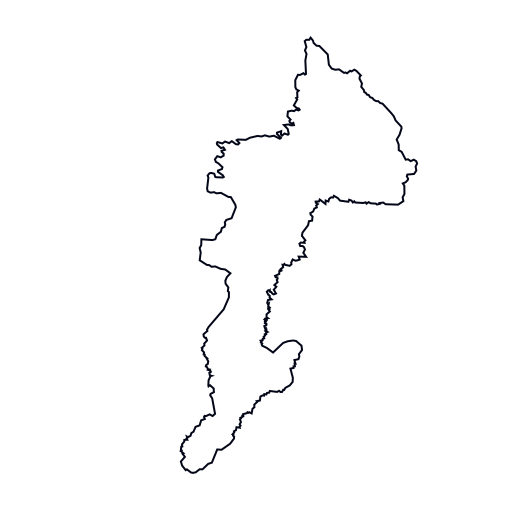 Pang Sila Thong, Kamphaeng Phet, Thailand (Natural Earth projection), rotated 134°
{"feature_id": "78962969B12930513121480", "entity_name": "Pang Sila Thong", "entity_type": "district", "adm_level": 2, "iso_a3": "THA", "parent_name": "Thailand", "parent_adm1": "Kamphaeng Phet", "projection": "natural_earth1", "projection_center": [99.409, 16.024], "detail": "fine", "context": "isolated", "style": "outline", "palette": "ink", "viewbox_px": 512, "rotation_deg": 134, "n_neighbors": 0, "source": "geoboundaries", "source_scale": "gbopen_adm2", "svg_char_len": 6072}
<svg xmlns="http://www.w3.org/2000/svg" viewBox="0 0 512 512"><g transform="rotate(134 256 256)"><path d="M449.3,171.4L449.9,167.6L456.0,167.3L458.1,163.5L458.9,157.8L457.5,157.5L456.9,152.4L455.7,150.6L453.5,149.1L448.6,148.4L446.6,146.3L438.8,146.0L435.3,144.2L422.1,149.5L419.3,146.2L409.0,144.2L402.7,145.0L401.1,146.3L401.2,147.7L400.0,148.3L400.4,149.0L397.9,149.2L397.4,150.1L395.2,149.4L392.7,151.1L390.8,148.4L390.3,149.3L388.8,149.3L388.4,150.9L385.9,151.5L384.7,154.1L383.4,154.0L383.2,154.8L381.2,154.0L380.5,154.8L379.9,154.0L378.7,155.4L375.4,153.4L374.4,153.6L374.2,152.6L373.1,152.4L372.3,149.8L368.3,152.4L365.9,152.1L364.1,154.0L359.7,153.8L359.7,154.5L357.2,152.8L354.1,155.2L351.8,154.5L350.8,153.2L349.6,154.1L348.4,152.4L346.9,153.0L345.2,151.6L343.5,152.3L339.1,146.4L337.0,145.8L336.8,143.8L335.6,142.8L333.3,143.5L332.8,142.7L330.5,143.3L325.5,141.8L321.1,142.2L318.0,144.9L313.1,153.0L310.4,151.2L309.3,152.3L308.3,151.4L306.6,153.5L306.0,152.8L304.2,156.1L300.7,153.8L298.1,155.1L296.9,156.9L291.6,157.6L288.9,161.0L289.3,168.1L291.0,170.6L295.2,173.9L299.7,176.1L313.6,176.7L314.6,184.3L316.2,189.2L315.4,190.9L314.6,190.9L314.6,192.6L313.8,192.6L313.6,193.8L312.0,192.7L310.9,193.6L309.5,192.9L308.8,194.4L306.9,194.2L306.3,195.2L305.3,194.5L305.1,195.2L303.5,195.1L303.5,196.0L302.7,195.4L303.0,197.0L302.4,196.7L301.5,197.6L301.9,198.2L301.2,198.7L301.8,199.1L300.7,201.3L298.6,200.5L297.6,201.3L298.1,202.8L297.3,203.0L297.2,204.0L296.4,204.4L296.0,203.4L295.3,203.5L295.8,205.8L294.7,205.8L293.6,203.5L293.8,205.2L292.5,204.3L292.8,205.8L290.6,207.9L286.3,207.5L286.1,208.7L285.0,209.2L285.8,210.2L285.3,211.0L283.6,210.5L283.8,212.2L281.3,213.8L282.4,214.0L281.9,215.4L279.3,216.8L276.4,214.7L276.5,217.2L275.1,218.5L275.3,220.4L274.2,223.4L272.1,223.4L271.8,222.3L271.0,222.3L272.0,221.1L271.4,220.1L271.7,217.9L271.3,216.6L269.1,215.6L267.9,219.8L264.0,220.0L264.1,222.6L259.8,222.3L258.8,224.4L257.3,224.7L256.5,225.8L257.6,227.1L257.1,228.5L252.8,226.8L250.5,228.9L249.5,229.0L249.5,227.8L248.7,227.5L247.9,229.1L245.2,228.7L243.9,230.7L243.5,230.0L242.0,230.1L242.1,228.9L239.7,225.0L237.4,224.7L236.3,226.1L233.0,227.2L232.0,224.4L230.4,223.2L228.2,222.1L226.8,224.9L221.8,219.4L220.8,224.2L217.3,225.3L216.3,227.7L216.4,229.3L218.1,231.2L217.0,233.3L215.2,233.1L212.8,230.2L212.2,231.4L210.4,231.4L209.6,237.0L206.9,238.8L197.7,239.9L194.2,242.1L191.6,240.2L188.4,242.7L188.3,245.5L187.4,246.7L184.3,245.8L181.4,247.0L178.8,246.0L177.9,247.8L175.7,247.6L176.1,250.0L175.4,250.9L173.0,248.6L171.1,249.4L170.3,242.2L167.7,244.4L166.5,241.8L164.0,243.1L161.6,242.7L160.5,241.2L158.6,241.8L157.5,237.4L157.8,234.0L152.8,227.2L150.8,228.1L149.8,225.8L150.2,223.5L148.4,223.3L148.6,221.8L143.4,215.7L141.2,214.4L141.6,212.9L138.9,212.3L138.5,210.2L135.0,206.1L134.9,204.7L132.3,203.1L132.0,203.9L129.2,201.6L128.7,198.7L120.4,189.5L114.2,188.1L111.9,191.3L108.3,192.3L102.4,198.1L101.8,200.8L99.1,199.6L95.9,199.6L94.7,200.3L93.9,202.9L92.3,203.7L87.2,199.3L83.2,200.0L80.8,203.3L77.5,204.4L76.5,206.7L77.1,209.4L80.3,210.6L80.8,213.7L82.7,215.3L79.9,223.6L80.7,226.8L76.7,230.8L74.5,235.7L69.0,237.0L63.0,240.0L62.0,241.3L61.5,249.8L59.8,253.8L59.3,257.6L58.5,270.8L59.7,272.9L59.7,275.6L61.1,277.1L61.8,279.6L61.5,282.1L62.5,284.2L61.9,286.9L62.8,288.1L62.4,290.4L62.9,291.9L61.7,293.7L61.2,297.8L58.3,299.6L56.6,304.7L54.7,306.1L53.3,306.0L53.1,312.5L53.7,314.7L56.9,315.5L57.4,317.0L61.3,317.4L61.8,319.1L63.1,319.8L64.1,326.0L66.9,328.3L68.6,331.7L67.8,336.4L61.2,344.4L60.9,356.3L62.7,358.6L62.7,362.6L61.5,364.6L61.0,368.4L63.5,367.9L65.5,370.0L67.6,370.2L70.7,364.9L74.1,363.6L75.6,360.0L81.1,356.3L90.3,346.5L91.5,346.8L91.6,348.9L95.2,350.1L96.5,351.7L102.2,349.9L107.2,345.0L108.1,342.8L107.4,340.1L109.6,340.2L113.1,336.4L114.5,336.9L114.8,335.1L121.4,333.4L121.3,329.8L120.1,327.4L120.5,326.2L121.7,326.5L122.8,328.8L125.4,329.3L126.7,331.3L129.9,333.4L133.7,330.4L133.9,325.9L135.7,325.8L136.4,324.3L135.7,322.1L134.3,321.6L135.5,319.6L137.6,321.4L138.9,324.1L142.4,326.9L142.6,321.4L145.5,317.2L146.6,317.3L148.1,320.6L151.4,320.9L151.2,322.6L148.7,324.6L152.7,326.6L153.6,325.8L153.7,320.1L155.1,320.3L157.0,326.6L160.9,329.4L163.0,333.4L166.1,335.0L168.6,338.3L175.1,342.5L179.5,344.0L184.9,350.1L186.1,350.4L186.3,346.4L188.2,346.4L189.5,348.1L190.2,353.2L193.4,353.7L195.2,357.8L198.4,358.4L200.8,362.9L202.0,362.6L202.8,361.4L202.7,356.2L200.5,354.9L201.2,352.1L204.3,353.9L205.0,352.9L204.8,350.4L206.3,349.0L209.5,349.9L211.1,353.2L215.0,352.7L216.2,350.3L215.5,347.5L215.4,341.8L217.1,340.9L220.9,342.7L221.9,341.9L221.0,336.0L221.5,334.1L222.6,334.4L227.1,339.5L227.4,340.3L225.8,343.2L227.5,346.1L228.8,346.9L231.7,346.7L232.7,344.7L241.5,338.0L243.0,335.7L242.0,332.7L239.3,330.6L238.3,327.9L234.9,325.0L232.7,316.9L231.1,315.0L233.5,306.5L235.0,304.3L245.8,299.8L250.7,302.4L253.5,301.8L254.6,300.1L256.9,298.9L259.6,300.0L263.0,298.1L268.1,298.8L272.2,296.9L274.8,298.4L281.9,306.9L286.3,302.9L289.4,302.1L291.9,298.2L298.2,293.5L296.5,285.1L295.1,283.4L294.6,280.5L291.8,278.0L289.8,272.5L287.1,268.8L286.2,262.4L291.3,262.3L295.2,260.8L297.1,258.5L297.8,254.1L300.8,251.9L300.8,250.4L304.5,246.8L316.8,242.2L339.9,240.8L343.0,240.1L343.7,238.9L348.8,239.4L350.2,237.6L350.2,235.3L349.6,235.0L350.8,232.5L355.0,232.4L356.2,230.9L359.8,231.2L359.8,230.2L361.3,229.5L361.4,226.4L363.1,225.3L362.6,224.4L363.6,223.5L363.5,219.9L364.1,220.0L364.9,217.2L367.4,215.6L368.9,216.1L370.3,215.4L370.0,214.0L370.8,212.1L370.1,210.9L371.1,211.1L370.2,209.3L370.7,208.0L372.5,208.4L373.9,206.3L373.1,204.8L374.0,205.3L378.3,203.8L382.2,200.4L382.7,199.6L380.9,199.3L380.7,194.4L383.2,191.7L386.8,192.9L388.0,192.2L388.8,188.7L398.0,175.8L401.3,176.1L402.1,179.3L406.0,180.8L406.7,181.9L407.9,181.6L408.8,179.6L412.3,181.3L417.0,178.9L420.9,180.8L425.8,178.9L428.3,179.5L430.8,178.2L433.6,179.1L433.9,180.3L434.6,179.0L435.8,179.1L436.0,177.9L438.1,179.8L439.4,178.7L442.9,178.4L444.2,176.7L445.1,177.3L447.3,175.6L447.5,174.4L448.6,174.6L448.3,171.1L449.3,171.4Z" fill="none" stroke="#020617" stroke-width="2"/></g></svg>